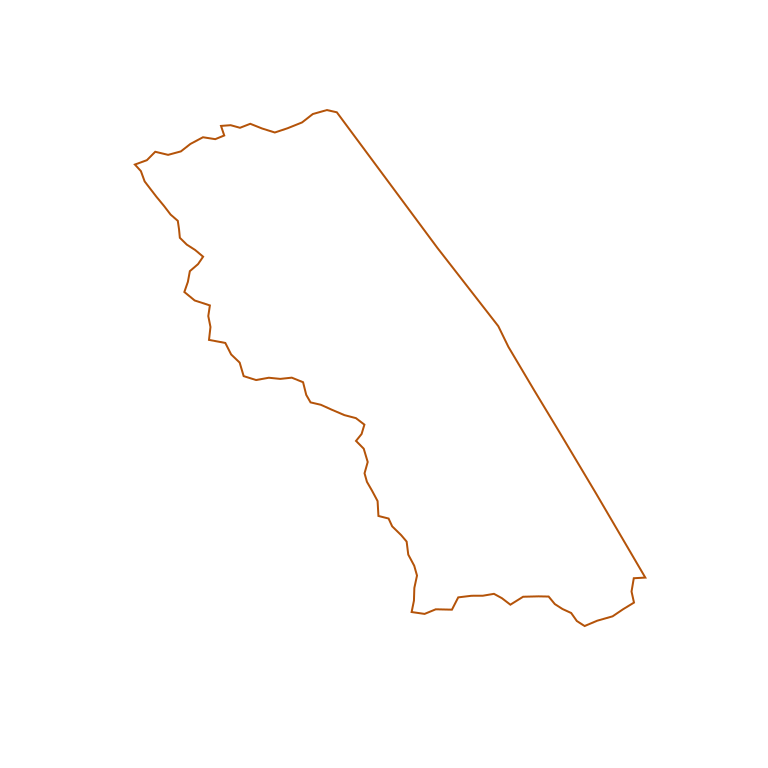 São Pedro de Alcântara, Santa Catarina, Brazil, rotated 240°
{"feature_id": "56859067B21132471416897", "entity_name": "São Pedro de Alcântara", "entity_type": "district", "adm_level": 2, "iso_a3": "BRA", "parent_name": "Brazil", "parent_adm1": "Santa Catarina", "projection": "robinson", "projection_center": [-48.836, -27.586], "detail": "fine", "context": "isolated", "style": "outline", "palette": "amber", "viewbox_px": 768, "rotation_deg": 240, "n_neighbors": 0, "source": "geoboundaries", "source_scale": "gbopen_adm2", "svg_char_len": 1440}
<svg xmlns="http://www.w3.org/2000/svg" viewBox="0 0 768 768"><g transform="rotate(240 384 384)"><path d="M376.9,511.9L475.1,498.3L642.9,479.0L649.8,471.5L653.4,457.3L651.5,443.8L653.7,428.4L656.4,415.2L666.2,406.2L676.2,398.3L677.9,387.4L684.8,380.6L689.0,371.9L679.1,369.9L680.4,360.3L688.2,350.6L688.7,336.4L687.0,324.4L690.4,311.6L699.5,302.0L696.4,290.6L698.6,278.0L689.9,279.9L679.1,278.0L668.4,279.4L660.1,280.5L648.2,282.5L637.4,283.9L628.4,287.0L620.6,283.9L612.7,280.3L603.3,282.9L594.6,287.4L584.7,291.0L580.8,282.9L578.8,272.3L570.5,265.2L563.5,257.1L551.0,261.8L539.1,272.5L530.7,265.8L520.1,262.2L509.7,254.5L498.9,267.1L486.0,266.4L474.7,269.7L461.0,266.4L451.4,275.2L447.0,287.4L440.3,296.7L435.6,307.3L426.0,314.8L413.4,311.2L404.8,311.2L397.6,318.9L388.0,325.8L376.9,334.1L368.5,342.6L358.6,346.7L351.9,339.6L348.7,331.3L338.1,334.1L324.6,330.9L316.4,322.5L307.8,320.3L297.9,320.3L285.8,319.9L272.5,313.2L265.2,320.7L256.6,319.9L244.5,323.3L236.2,324.8L224.1,319.7L211.5,319.3L201.6,316.8L192.2,308.3L181.4,301.6L172.7,293.9L164.6,304.2L163.0,316.2L154.6,330.0L162.1,341.6L156.9,353.8L151.2,363.8L147.3,374.3L139.6,379.0L129.7,383.1L130.2,398.1L122.8,411.7L117.6,420.3L108.0,421.9L100.0,426.0L92.1,431.6L82.3,432.5L74.1,436.7L72.4,450.3L68.5,465.8L69.4,478.4L69.7,491.2L80.5,494.6L90.9,503.2L85.7,513.5L183.2,512.9L253.1,511.9L303.5,510.9L353.9,510.3L376.9,511.9Z" fill="none" stroke="#b45309" stroke-width="2"/></g></svg>